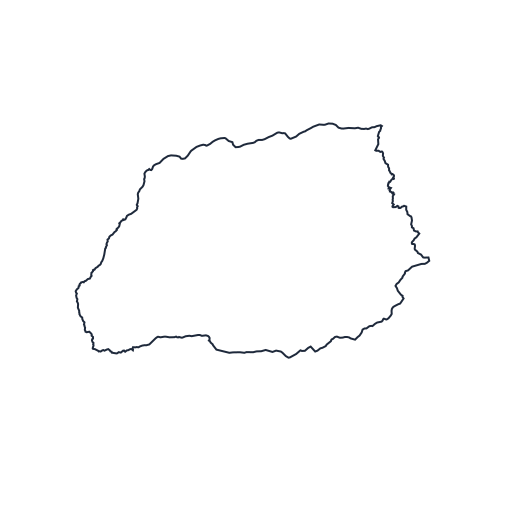 Medina, Cundinamarca, Colombia, rotated 45°
{"feature_id": "7082276B34951383474081", "entity_name": "Medina", "entity_type": "district", "adm_level": 2, "iso_a3": "COL", "parent_name": "Colombia", "parent_adm1": "Cundinamarca", "projection": "equal_earth", "projection_center": [-73.418, 4.478], "detail": "fine", "context": "isolated", "style": "outline", "palette": "slate", "viewbox_px": 512, "rotation_deg": 45, "n_neighbors": 0, "source": "geoboundaries", "source_scale": "gbopen_adm2", "svg_char_len": 6102}
<svg xmlns="http://www.w3.org/2000/svg" viewBox="0 0 512 512"><g transform="rotate(45 256 256)"><path d="M355.6,124.7L353.8,124.7L352.9,124.3L351.8,125.5L349.7,126.3L347.8,125.0L346.0,125.5L345.0,124.5L343.3,123.9L341.2,120.6L338.6,118.7L337.5,118.4L336.8,118.8L333.6,119.3L331.9,117.9L329.5,117.1L327.3,114.8L325.2,115.8L325.1,116.6L324.3,117.9L324.2,119.8L323.2,121.0L322.7,121.1L321.7,120.2L320.5,120.6L320.2,122.6L318.4,124.6L317.7,124.7L317.3,124.3L317.0,122.2L314.9,122.3L313.9,120.3L312.9,119.7L312.2,118.6L310.4,117.0L310.0,114.8L309.0,115.2L308.6,114.1L307.9,114.1L307.3,115.2L306.6,115.0L305.1,115.7L304.7,115.1L303.7,115.0L303.3,112.5L302.7,112.8L301.8,114.2L301.3,113.3L299.7,113.2L298.7,111.9L298.6,111.1L298.1,110.9L298.0,109.8L297.7,109.2L298.4,108.7L297.9,106.4L298.0,104.5L298.8,104.3L298.9,103.8L298.5,103.5L297.5,103.5L297.2,102.1L296.5,101.4L294.6,101.5L294.2,102.3L293.7,102.0L292.4,102.2L290.3,101.4L289.6,101.4L288.1,99.9L286.4,99.5L284.8,98.1L281.9,98.8L279.5,97.6L277.8,97.3L277.2,96.8L277.0,96.0L274.9,95.5L273.2,93.5L271.6,93.0L271.1,93.1L270.3,94.5L268.2,94.9L266.6,96.6L265.6,96.9L263.4,90.4L259.8,87.2L259.4,85.4L258.9,85.1L258.3,85.3L257.4,85.1L255.3,81.2L255.3,79.6L254.6,78.7L254.3,77.6L253.2,76.5L253.1,75.1L251.7,75.4L249.5,78.9L248.7,81.1L247.0,83.0L246.0,86.0L245.3,87.2L243.7,88.1L242.7,89.6L240.6,91.6L237.5,93.1L235.6,95.8L230.9,100.0L227.6,104.2L226.3,105.4L223.6,106.9L219.8,106.9L216.6,108.3L213.6,111.0L212.0,114.3L211.2,115.3L207.7,118.3L205.0,124.2L204.4,126.6L202.9,131.3L202.6,133.1L201.8,134.5L200.2,139.0L199.9,143.2L197.7,148.5L196.7,149.1L194.4,149.2L189.9,148.7L188.7,149.5L187.8,150.6L185.2,152.1L184.4,152.9L183.8,154.0L182.5,159.3L180.9,162.9L179.5,167.3L178.2,169.7L175.7,172.2L174.8,174.3L174.7,176.4L174.0,178.0L170.7,182.5L168.7,186.0L167.4,190.0L166.3,191.6L164.6,193.5L161.1,193.5L158.8,192.2L155.4,194.0L151.3,194.3L150.3,194.8L147.7,197.9L146.6,199.8L145.3,203.1L144.6,205.9L144.3,209.1L143.3,212.4L142.8,213.2L141.9,213.3L140.0,214.6L138.4,217.3L136.8,220.9L135.8,227.1L135.8,228.2L136.8,233.3L136.8,237.2L135.5,239.1L134.2,240.1L131.7,239.8L128.7,241.5L124.8,244.9L123.1,247.6L121.9,252.7L122.0,258.4L120.4,261.7L119.8,263.8L119.9,265.5L121.1,267.9L121.2,269.3L120.4,269.9L119.0,270.0L119.0,271.4L118.5,272.1L118.3,273.4L118.4,275.2L118.9,276.7L121.1,278.3L122.1,279.5L122.5,280.7L124.3,282.0L126.3,285.4L126.8,287.2L126.8,291.0L127.6,292.6L127.9,294.5L128.7,295.9L132.3,298.7L135.0,302.6L135.4,304.0L135.8,304.3L137.1,304.4L137.5,305.7L138.4,306.4L138.9,307.8L137.9,314.5L136.8,316.8L136.4,318.9L137.1,320.5L137.7,322.5L137.0,324.0L136.3,323.8L136.1,324.0L136.5,325.0L136.0,326.2L136.3,328.2L136.1,329.1L136.3,329.6L136.9,329.5L138.3,331.8L138.5,333.4L138.3,335.4L138.5,335.8L139.2,335.9L139.3,337.9L139.0,339.0L139.4,342.4L138.8,344.0L138.7,346.0L139.6,347.6L139.4,349.4L140.9,350.6L141.1,351.8L141.9,353.4L142.9,353.7L143.5,355.8L144.1,356.3L144.1,357.3L147.7,362.3L149.7,365.7L150.8,368.3L151.0,369.8L151.9,371.6L151.9,373.0L151.5,374.2L151.7,375.6L151.1,378.0L151.5,380.0L150.8,380.6L150.7,381.3L151.5,382.0L151.6,384.5L152.2,384.9L152.9,386.0L153.8,386.3L153.9,387.7L154.5,389.4L153.4,391.2L153.2,394.1L152.6,395.0L152.8,396.4L151.9,396.8L151.0,398.4L151.3,399.2L151.1,400.0L151.3,400.9L152.2,401.6L152.0,402.8L152.4,403.1L153.1,404.3L152.9,406.3L153.4,408.4L154.8,409.2L155.8,409.2L156.8,411.2L158.8,412.5L160.2,412.8L161.5,414.8L162.7,415.0L164.2,415.8L166.6,418.5L169.8,419.8L170.8,420.9L171.6,421.2L172.1,421.9L174.6,422.7L176.6,422.4L177.8,423.4L179.7,424.2L181.6,424.2L182.9,426.2L183.5,426.2L184.7,427.1L185.8,427.5L187.2,429.3L188.3,429.6L188.9,430.1L190.1,429.7L191.7,427.4L194.6,427.4L195.4,427.7L196.1,428.6L198.0,428.5L199.2,429.7L199.0,430.7L199.7,431.7L201.2,432.4L202.6,432.4L203.4,433.7L204.0,433.8L204.5,434.3L205.3,436.0L206.0,436.9L206.4,436.9L207.9,435.8L211.6,434.6L212.3,434.7L212.9,433.8L213.6,433.5L213.9,432.7L214.0,431.6L214.5,430.5L215.8,430.1L216.7,427.5L217.4,426.3L219.5,426.1L220.5,426.4L221.5,425.8L222.4,426.3L226.2,423.6L226.7,422.8L226.9,421.1L228.7,419.9L229.0,416.8L229.7,416.1L230.5,416.4L231.2,416.2L231.4,414.1L232.3,412.9L232.8,411.1L233.3,410.3L234.0,409.8L235.6,409.7L235.3,409.2L234.1,408.7L233.5,407.5L235.5,405.7L235.8,405.0L237.5,403.6L237.9,402.0L238.9,399.8L240.4,397.7L241.4,396.9L243.1,394.0L243.2,385.1L243.5,383.2L243.8,382.4L246.0,381.0L248.1,378.0L249.3,376.8L252.4,374.6L254.2,372.7L255.7,371.1L256.5,369.5L257.8,369.2L258.8,368.2L258.8,367.7L261.1,366.4L261.7,365.7L263.0,362.5L265.3,359.5L267.2,358.2L270.9,352.8L272.1,351.6L274.2,350.7L276.7,347.5L278.6,346.5L279.8,346.4L281.2,346.8L282.3,348.1L282.5,349.1L283.8,348.8L285.0,349.3L287.9,349.1L288.7,349.5L294.2,350.2L305.6,343.3L307.8,340.5L312.7,335.4L316.2,332.7L317.3,330.6L322.0,326.1L323.8,323.1L327.0,319.7L329.3,315.6L335.5,312.2L337.1,308.7L341.1,306.0L343.0,305.7L347.9,305.7L350.9,304.9L351.7,303.7L353.7,296.9L354.1,291.5L354.2,291.2L355.6,290.7L357.6,288.5L357.9,284.0L358.7,281.4L365.4,281.7L366.4,279.5L366.8,275.8L367.9,273.9L369.0,270.4L368.6,268.7L369.2,263.3L368.5,261.9L368.5,261.4L369.0,260.2L369.1,257.5L369.5,256.8L370.2,255.8L373.1,254.5L375.0,252.4L376.2,250.3L377.9,248.7L379.5,247.7L381.1,247.4L385.2,245.1L385.2,241.4L385.5,239.1L384.8,235.4L383.4,232.7L383.5,232.2L384.0,230.5L385.3,229.1L385.8,225.5L386.9,223.9L387.9,223.2L388.1,219.9L388.7,217.4L391.2,213.6L391.2,212.2L390.6,210.8L390.7,209.9L393.0,208.8L393.5,207.8L393.7,206.1L393.4,202.8L392.9,201.0L390.6,198.9L389.5,197.3L389.2,196.1L389.1,194.8L389.7,192.6L390.8,189.2L391.5,188.0L391.4,186.8L390.4,181.7L388.4,181.3L387.8,180.5L385.9,180.9L380.8,180.3L378.5,179.1L375.8,178.5L375.2,176.3L375.6,173.8L375.0,170.8L374.9,167.9L374.2,166.8L373.7,163.1L373.0,162.4L372.5,160.9L373.7,158.7L373.9,153.2L378.6,144.6L380.9,142.2L381.6,140.1L381.9,136.9L379.0,135.1L376.0,138.3L375.1,138.8L371.7,138.3L368.4,139.4L367.0,138.8L363.8,139.1L363.0,138.6L361.3,136.4L360.1,135.6L359.2,135.9L357.9,137.1L357.5,137.0L356.8,136.5L356.4,135.5L356.4,133.5L355.8,131.5L356.2,129.4L355.6,124.7Z" fill="none" stroke="#1e293b" stroke-width="2"/></g></svg>